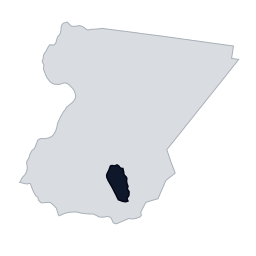 where Wadi al Hayaa sits in Libya, rotated 279°
{"feature_id": "LBY-5488", "entity_name": "Wadi al Hayaa", "entity_type": "Municipality", "adm_level": 1, "iso_a3": "LBY", "parent_name": "Libya", "parent_adm1": "", "projection": "robinson", "projection_center": [12.828, 26.42], "detail": "fine", "context": "in_parent", "style": "filled", "palette": "ink", "viewbox_px": 256, "rotation_deg": 279, "n_neighbors": 0, "source": "natural_earth", "source_scale": "10m", "svg_char_len": 3511}
<svg xmlns="http://www.w3.org/2000/svg" viewBox="0 0 256 256"><g transform="rotate(279 128 128)"><path d="M33.1,71.9L34.6,71.2L36.7,70.3L37.7,69.7L38.2,69.1L39.8,66.9L40.6,65.6L41.7,64.0L42.2,62.8L42.2,61.7L42.0,60.4L41.2,57.2L40.5,54.2L41.1,53.0L41.5,52.4L42.5,51.0L42.9,50.7L45.0,50.2L45.8,49.3L46.4,48.1L46.6,47.4L47.5,46.8L48.6,46.1L49.2,45.3L51.4,43.9L53.4,42.7L55.7,41.4L57.5,40.5L57.9,39.6L57.8,38.9L56.9,37.2L56.9,35.2L57.0,33.5L57.1,32.5L57.5,29.8L57.5,29.4L59.4,30.3L61.3,30.7L66.9,34.1L68.7,34.5L72.6,34.9L77.3,33.5L79.0,33.2L82.1,34.5L83.4,34.9L85.7,35.0L89.6,36.2L90.6,36.6L92.8,38.5L93.9,39.1L102.0,40.8L103.1,41.9L104.2,44.1L104.3,46.8L104.9,48.8L105.9,51.4L107.2,53.2L108.5,54.7L110.1,55.6L113.6,57.0L117.6,57.6L121.6,57.7L128.6,59.7L134.4,61.9L135.9,63.0L138.9,64.0L144.8,69.3L148.1,71.1L150.4,71.4L152.4,71.1L156.0,69.3L157.5,68.2L161.1,63.7L162.2,61.4L162.7,59.7L162.5,58.0L162.0,56.5L161.0,54.9L160.2,52.8L159.7,49.1L160.2,46.4L160.9,44.9L161.9,43.3L164.9,40.2L167.9,38.1L173.1,35.2L176.2,35.2L177.5,34.9L180.0,32.9L181.1,32.8L182.5,33.3L186.7,33.2L188.6,33.7L190.8,35.0L193.6,35.8L195.6,36.5L197.8,37.5L198.3,40.0L198.1,40.7L198.1,41.6L200.3,43.3L206.5,44.1L207.8,44.6L209.5,45.9L210.6,46.3L214.9,46.5L217.4,46.2L219.7,46.7L220.6,47.1L221.6,48.1L222.7,50.6L223.2,51.4L222.8,51.8L222.1,52.7L221.7,53.4L220.7,54.7L219.8,56.0L219.9,58.0L220.2,60.0L220.9,61.9L221.5,64.1L221.4,65.5L221.0,67.2L220.5,68.7L218.8,71.6L218.5,72.3L218.7,73.3L219.9,76.9L220.0,78.0L220.8,81.4L221.5,84.2L222.2,86.4L222.4,87.0L222.4,90.3L222.5,93.5L222.6,96.7L222.7,100.0L222.8,103.2L222.9,106.5L223.0,109.7L223.1,112.9L223.2,116.2L223.3,119.4L223.4,122.6L223.4,125.9L223.5,129.1L223.6,132.3L223.7,135.6L223.8,138.8L223.9,142.1L224.0,145.3L224.1,148.5L224.1,151.8L224.2,155.0L224.3,158.2L224.3,161.5L224.4,164.7L224.4,167.9L224.5,171.2L224.6,174.4L224.6,177.6L224.7,180.9L224.8,184.1L224.8,187.4L224.9,190.6L225.0,197.8L225.2,205.0L225.3,212.1L225.5,219.3L225.4,219.3L222.2,219.4L219.1,219.4L216.0,219.4L213.0,219.4L213.0,221.2L213.0,223.0L213.0,224.8L213.1,226.6L207.0,223.2L201.0,219.8L194.9,216.4L188.9,213.0L182.9,209.6L176.8,206.2L170.8,202.7L164.8,199.3L158.8,195.9L152.8,192.5L146.8,189.1L140.8,185.7L134.8,182.3L128.8,178.9L122.8,175.5L116.9,172.1L112.7,169.7L108.3,172.0L104.8,173.8L100.3,176.2L95.0,179.3L91.0,181.6L90.8,181.6L90.6,181.5L86.4,177.5L83.1,174.4L81.6,173.5L75.5,171.9L69.3,170.3L62.8,168.7L61.7,166.1L60.3,163.3L58.6,159.7L57.5,157.5L57.1,157.2L52.2,155.5L47.0,153.8L43.9,154.8L43.4,154.7L42.5,154.1L41.6,153.2L41.2,152.0L40.0,150.3L38.8,146.6L38.8,143.6L38.5,142.5L35.8,138.3L33.4,134.5L31.8,131.9L31.5,130.8L31.7,129.4L32.3,128.1L34.7,126.6L36.9,124.9L37.2,123.8L37.4,120.7L36.7,119.7L36.2,117.8L35.7,115.3L35.6,113.7L36.6,110.5L37.7,107.2L37.0,103.4L36.6,96.0L36.9,90.1L36.7,88.0L36.5,87.1L35.8,84.3L34.9,81.5L34.5,80.5L33.4,78.2L31.5,75.3L30.5,73.6L31.9,72.7L33.1,71.9Z" fill="#d9dde1" stroke="#a8b0b8" stroke-width="1"/><path d="M87.7,116.6L88.2,117.2L88.5,118.7L88.4,120.5L89.0,121.6L89.6,122.4L89.8,123.2L89.0,124.9L87.6,126.2L87.1,127.9L87.2,129.3L83.9,130.6L81.6,131.2L80.7,132.0L79.5,133.7L78.2,134.7L75.2,134.9L73.2,135.6L72.0,136.1L71.0,136.9L69.5,137.1L67.8,136.7L66.5,137.9L65.3,139.0L63.8,139.2L61.5,139.4L60.5,139.0L58.3,137.9L55.9,139.4L55.1,138.1L54.7,136.5L54.8,133.7L55.3,131.6L55.6,129.8L57.2,128.6L60.1,126.6L63.4,124.2L67.1,121.5L70.4,118.8L72.9,116.8L75.8,114.9L78.0,114.3L79.9,114.6L83.3,115.7L87.7,116.6Z" fill="#0f172a" stroke="#020617" stroke-width="1.5"/></g></svg>